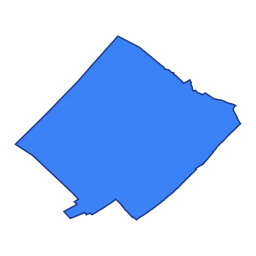 outline of Wassenaar, Zuid-Holland, Netherlands
{"feature_id": "6326949B22720644545948", "entity_name": "Wassenaar", "entity_type": "district", "adm_level": 2, "iso_a3": "NLD", "parent_name": "Netherlands", "parent_adm1": "Zuid-Holland", "projection": "natural_earth1", "projection_center": [4.386, 52.144], "detail": "fine", "context": "isolated", "style": "filled", "palette": "blue", "viewbox_px": 256, "rotation_deg": 0, "n_neighbors": 0, "source": "geoboundaries", "source_scale": "gbopen_adm2", "svg_char_len": 5111}
<svg xmlns="http://www.w3.org/2000/svg" viewBox="0 0 256 256"><path d="M136.4,219.8L136.7,219.5L137.1,219.2L138.6,218.2L139.9,217.2L140.4,216.9L140.6,216.8L141.1,216.5L142.3,215.8L145.9,213.4L146.9,212.7L148.5,211.7L148.8,211.4L149.4,210.9L151.2,209.7L151.9,209.3L153.5,208.0L155.0,207.0L155.8,206.3L156.2,205.9L156.8,205.6L157.2,205.2L157.6,205.0L158.0,204.7L158.4,204.4L159.2,203.7L159.5,203.6L160.1,203.0L160.4,202.8L160.7,202.7L160.9,202.5L161.2,202.2L161.5,201.9L161.5,201.7L162.0,201.4L162.8,200.8L163.2,200.5L163.5,200.4L163.8,200.2L164.8,199.2L165.0,198.8L165.2,198.7L165.5,198.4L166.1,198.0L166.5,197.6L166.9,197.1L167.7,196.2L167.8,196.2L168.0,196.2L168.0,196.3L168.1,196.2L168.3,196.1L169.4,195.1L169.8,194.9L170.2,194.6L170.8,194.1L171.1,193.9L171.3,193.8L171.7,193.3L171.9,193.2L172.3,192.9L172.6,192.7L173.2,192.2L173.4,191.9L174.2,191.2L174.5,190.8L175.5,189.8L176.1,189.3L176.4,189.0L176.6,188.8L176.8,188.6L177.1,188.5L177.6,188.3L177.7,188.2L178.0,187.7L178.3,187.4L178.7,187.1L179.0,186.8L179.2,186.6L179.5,186.2L179.8,185.8L180.3,185.4L181.0,184.6L181.6,184.0L182.0,183.6L182.4,183.2L183.6,182.1L184.0,181.7L184.5,181.2L184.8,180.9L185.0,180.7L185.0,180.4L185.3,180.1L185.5,180.0L186.3,179.0L186.6,179.0L187.3,178.3L188.8,176.8L190.0,175.7L191.0,174.5L193.1,172.7L194.6,171.1L196.2,169.5L196.2,169.4L195.8,168.8L195.6,168.6L197.2,167.5L198.8,166.5L199.5,166.1L200.8,165.3L201.2,165.1L201.8,164.8L201.7,164.8L201.9,164.7L202.0,164.7L202.4,164.4L203.1,164.2L204.0,163.0L205.4,161.4L207.7,158.8L209.9,156.1L210.3,155.7L210.7,155.1L211.5,154.2L212.1,153.5L213.3,152.0L213.4,151.9L213.1,151.7L213.4,151.4L214.4,150.3L216.4,148.1L216.3,147.8L216.3,147.7L219.1,144.8L219.4,144.5L222.0,141.8L222.2,142.0L223.5,140.6L224.2,139.9L225.1,138.9L225.8,138.2L226.3,137.6L227.7,136.0L228.0,135.7L229.6,134.4L229.5,134.2L231.8,132.1L236.1,128.0L236.0,127.9L236.7,127.3L237.4,126.7L239.2,124.9L240.3,123.9L240.6,123.6L239.7,122.9L239.5,122.6L239.3,122.1L238.9,121.3L237.9,119.5L236.9,117.4L236.9,116.9L236.3,115.8L234.4,112.3L233.2,110.1L233.5,108.6L233.7,107.4L235.6,105.6L235.1,105.3L234.4,104.8L234.2,104.7L233.9,104.6L233.3,104.5L233.0,104.4L232.4,104.1L231.8,104.0L231.6,103.9L231.0,103.7L230.6,103.6L229.5,103.4L228.6,103.2L227.4,102.9L227.2,102.8L227.0,102.7L226.5,102.2L226.1,102.1L224.3,101.4L223.5,101.0L222.5,100.5L222.2,100.4L221.9,100.3L220.1,100.0L215.7,99.2L215.0,99.1L214.7,99.0L214.3,98.9L214.1,98.8L209.7,96.0L209.1,95.6L205.3,93.1L205.0,93.2L204.9,93.2L204.8,93.3L204.6,93.4L204.4,93.5L203.9,93.8L203.6,94.0L203.3,94.2L203.1,94.4L202.9,94.6L202.6,94.7L202.3,94.7L202.2,94.6L202.0,94.4L201.8,94.4L201.6,94.3L201.5,94.2L201.1,94.0L200.7,93.8L200.0,93.5L199.7,93.3L198.4,93.1L197.6,92.6L197.2,92.3L197.0,92.1L196.9,91.9L196.7,91.7L196.4,91.2L196.1,90.9L195.9,90.6L195.7,90.5L195.6,90.4L195.3,90.4L194.4,90.8L194.1,91.0L193.9,91.0L193.7,91.0L193.3,91.0L193.3,90.9L193.2,90.9L193.1,90.5L192.9,90.2L192.7,90.0L192.5,89.7L192.5,89.1L192.4,88.9L192.3,88.7L192.3,88.3L192.2,88.1L192.2,87.6L192.1,87.4L192.0,87.0L191.8,86.4L191.8,86.2L191.6,85.7L190.9,84.6L190.8,84.3L190.8,84.2L190.9,83.8L191.0,83.6L191.2,83.3L191.2,83.1L191.2,82.8L191.1,82.6L190.9,82.1L190.9,81.9L190.5,81.5L190.3,80.9L190.1,80.5L190.1,80.3L190.0,79.9L187.8,81.1L183.3,83.4L183.1,83.0L182.5,82.0L182.3,81.7L182.2,81.8L176.6,76.3L175.1,75.1L174.9,75.2L173.5,73.8L173.7,73.7L172.9,72.9L173.0,72.8L172.9,72.8L172.8,72.7L172.6,72.7L172.4,72.6L172.1,72.6L171.9,72.5L171.5,72.3L171.2,72.1L170.8,72.0L170.6,71.9L170.3,71.6L170.2,71.3L169.7,70.7L169.1,70.1L168.6,69.9L168.2,69.8L167.8,69.7L167.5,69.6L167.2,69.6L166.3,69.5L165.3,69.3L165.0,69.2L164.9,69.0L164.7,68.8L164.5,68.6L164.4,68.4L164.4,68.2L164.1,67.7L147.4,53.9L139.7,47.6L138.6,46.9L117.8,36.2L107.7,47.6L92.5,64.6L77.7,81.6L61.0,98.7L44.5,115.7L15.4,144.3L31.9,154.9L33.6,156.3L49.5,171.3L64.5,185.4L68.1,188.8L68.7,189.4L73.6,194.0L78.3,199.3L77.6,199.7L75.7,200.9L75.6,201.0L75.4,201.2L75.3,201.3L75.2,201.4L74.9,201.6L74.4,201.8L77.1,204.3L76.8,204.5L74.5,205.8L73.2,206.5L67.3,209.7L64.0,211.5L65.1,212.8L67.0,214.8L68.3,216.2L69.9,218.1L70.1,218.3L70.5,218.2L71.3,217.9L71.6,217.8L74.0,216.9L76.9,215.8L77.8,215.4L78.6,215.1L81.7,213.7L82.2,213.4L82.4,213.7L82.6,213.6L83.4,213.1L83.7,212.9L84.1,212.6L84.4,212.3L85.0,213.1L85.8,214.1L86.4,214.8L87.7,214.2L88.4,213.9L88.8,213.8L89.0,213.7L89.4,213.6L89.7,213.5L90.4,213.1L90.5,213.1L90.9,213.6L91.9,214.7L93.6,213.8L94.1,213.4L96.5,212.2L97.9,211.3L98.1,211.1L100.1,209.8L103.2,208.0L108.6,204.4L110.6,203.1L113.1,201.4L114.7,200.1L115.5,199.2L115.7,199.4L116.0,199.7L116.3,199.8L116.5,200.0L117.8,201.1L118.0,201.1L118.2,201.4L119.2,202.4L119.5,202.8L119.9,203.2L122.4,206.0L122.5,206.2L122.5,206.3L122.4,206.5L122.6,206.7L122.8,206.5L123.1,206.8L123.5,207.3L123.7,207.6L123.9,208.0L124.1,208.4L124.3,208.7L124.5,209.0L124.8,209.4L125.2,209.9L125.4,210.2L125.5,210.3L126.2,210.7L126.4,210.9L126.6,211.1L127.1,211.5L128.2,212.8L130.0,214.8L130.3,215.1L130.5,215.4L131.5,216.4L132.0,216.8L132.5,217.4L133.1,217.1L133.7,217.6L135.1,218.6L135.9,219.3L136.4,219.8Z" fill="#3b82f6" stroke="#1e3a8a" stroke-width="1.5"/></svg>